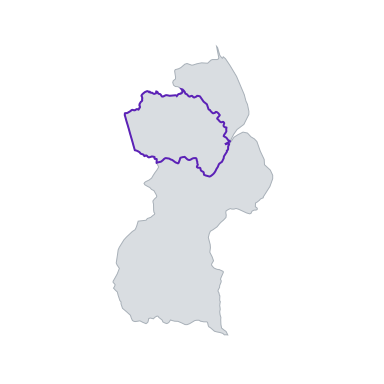 where Cuyuni-Mazaruni sits in Guyana, rotated 26°
{"feature_id": "GUY-676", "entity_name": "Cuyuni-Mazaruni", "entity_type": "Region", "adm_level": 1, "iso_a3": "GUY", "parent_name": "Guyana", "parent_adm1": "", "projection": "albers", "projection_center": [-59.812, 6.174], "detail": "fine", "context": "in_parent", "style": "outline", "palette": "violet", "viewbox_px": 384, "rotation_deg": 26, "n_neighbors": 0, "source": "natural_earth", "source_scale": "10m", "svg_char_len": 8203}
<svg xmlns="http://www.w3.org/2000/svg" viewBox="0 0 384 384"><g transform="rotate(26 192 192)"><path d="M122.2,179.5L114.1,170.4L105.9,161.2L97.9,152.2L97.4,151.0L100.8,146.7L103.8,143.6L106.3,141.9L107.5,140.4L106.6,133.8L106.6,131.4L105.5,128.8L104.6,125.9L105.7,123.5L106.9,121.8L108.4,121.2L112.2,120.6L114.8,120.3L115.8,119.4L117.3,118.3L119.3,118.2L123.3,119.0L125.1,117.5L128.3,115.6L135.7,112.2L137.3,110.0L138.5,106.5L138.3,104.9L137.6,104.3L135.8,103.7L133.0,103.6L130.8,104.5L128.5,104.0L126.6,101.9L126.4,100.1L127.6,97.7L126.9,96.0L123.3,90.8L123.3,89.4L126.0,87.0L127.5,85.0L129.5,80.3L131.2,78.7L136.3,78.1L137.6,77.1L140.2,74.6L144.0,71.7L149.6,69.4L151.2,65.2L152.2,64.1L156.6,61.9L157.4,60.7L157.3,59.7L150.2,50.3L151.6,50.9L157.1,57.0L160.1,58.4L160.8,58.4L160.8,56.8L163.6,57.5L170.8,61.7L181.4,68.6L196.3,81.6L200.6,86.6L203.4,88.9L207.8,94.6L209.1,97.4L209.0,108.5L205.1,116.1L204.2,121.7L204.0,129.2L201.7,133.6L204.8,131.2L205.7,124.4L208.2,120.3L211.6,115.8L216.0,114.7L220.9,116.6L224.7,116.9L228.2,118.2L235.5,125.4L242.6,131.1L245.2,135.7L252.8,138.0L257.2,141.6L258.7,144.7L259.6,152.9L258.2,165.3L258.6,165.9L256.6,168.3L256.2,169.9L254.9,172.6L253.9,174.1L255.4,177.5L257.1,177.7L257.8,178.1L258.2,178.8L258.1,179.5L257.4,180.2L255.8,181.0L254.3,183.0L254.4,185.2L253.5,186.3L250.3,186.9L244.2,187.0L241.2,187.1L238.8,187.5L237.3,188.9L235.3,189.9L233.7,190.1L232.3,191.8L230.9,194.1L231.4,195.7L232.9,197.8L233.7,200.0L232.6,203.5L231.4,206.2L230.7,208.3L229.8,212.3L227.4,216.7L225.7,219.2L225.8,221.9L226.6,225.7L231.4,231.3L233.0,234.0L234.4,238.3L238.7,241.6L241.5,244.4L241.2,248.0L241.6,249.1L243.3,250.0L245.3,250.7L247.6,250.6L249.6,250.3L250.1,249.8L254.8,249.7L255.4,250.6L255.6,255.8L255.8,257.9L257.0,258.8L257.6,260.0L257.7,261.2L257.9,264.1L258.6,265.6L258.5,268.8L259.0,269.9L260.3,270.7L262.0,272.9L262.6,273.1L262.9,273.9L264.3,277.1L265.1,278.0L265.6,278.2L265.8,279.3L266.8,282.2L267.5,283.0L268.8,285.1L269.4,287.5L271.1,290.1L272.9,292.0L273.7,294.0L276.0,298.3L278.2,301.3L281.2,302.0L283.7,302.4L285.3,303.6L286.8,304.8L285.2,305.4L283.7,306.2L281.7,305.6L278.8,306.0L275.9,306.8L273.2,307.3L268.0,305.9L266.4,305.8L265.4,305.2L263.2,302.5L262.2,302.2L259.5,303.5L256.2,304.4L254.5,304.2L252.6,305.1L250.9,306.3L247.5,311.5L245.7,313.4L243.9,314.2L240.1,314.2L236.1,314.4L233.1,315.7L230.2,316.3L228.8,316.4L228.4,319.3L227.7,320.6L226.8,321.4L224.7,321.6L222.7,321.5L221.5,320.3L219.3,319.7L217.3,319.3L216.0,318.6L215.0,318.8L214.1,320.0L213.5,321.0L212.9,322.9L209.9,323.5L208.6,324.6L209.4,328.1L209.0,329.4L208.4,330.5L204.8,330.7L201.7,330.6L199.9,331.9L197.7,333.4L196.4,333.7L194.8,333.6L192.7,331.9L190.7,329.8L185.6,328.3L180.5,327.0L177.2,323.6L176.4,321.9L174.8,321.2L170.9,317.2L168.7,314.6L166.4,313.9L163.6,312.8L163.8,310.9L163.6,309.1L162.4,308.4L160.8,307.9L160.2,306.8L160.4,304.5L160.7,298.3L160.2,292.5L156.6,290.4L155.0,289.0L152.3,280.3L151.0,276.4L150.9,273.5L151.8,264.8L152.9,261.1L155.7,253.6L157.3,251.0L157.4,249.1L157.2,246.7L156.4,241.8L161.1,238.8L163.1,237.5L163.5,235.4L166.0,232.9L167.1,230.4L168.1,228.5L167.8,227.4L166.7,226.9L165.4,225.0L162.7,219.7L161.7,218.6L160.8,217.2L161.3,214.8L162.3,212.3L162.2,211.2L160.6,209.8L157.2,207.5L154.4,207.4L152.2,206.5L149.0,206.4L146.5,206.2L145.1,205.3L145.4,203.9L146.0,202.8L148.1,200.2L149.6,197.3L149.8,194.5L150.2,190.9L150.8,187.7L151.1,184.1L147.8,181.7L146.7,179.8L145.3,178.1L143.8,178.1L141.5,177.3L137.9,179.6L135.1,179.2L133.1,180.0L128.6,179.9L125.7,178.7L122.2,179.5Z" fill="#d9dde1" stroke="#a8b0b8" stroke-width="1"/><path d="M144.0,178.5L143.4,178.0L143.1,177.1L142.6,177.0L141.0,177.4L140.3,177.7L138.7,179.3L138.0,179.8L137.1,179.8L135.4,179.2L134.6,179.3L134.4,179.5L133.9,180.3L133.5,180.6L133.2,180.5L133.0,180.3L132.7,180.1L132.4,179.9L131.7,179.7L129.5,180.0L128.9,180.0L128.5,179.8L128.1,179.5L127.6,179.3L127.2,179.2L124.9,179.1L124.1,179.1L122.3,179.5L119.4,176.3L116.5,173.0L113.6,169.8L110.7,166.6L107.8,163.3L104.9,160.1L101.9,156.9L99.0,153.6L97.8,152.3L97.2,150.7L97.6,150.3L98.9,149.6L99.4,149.1L101.2,146.3L101.7,145.0L102.1,144.5L102.6,144.2L103.9,144.0L104.5,143.8L104.9,143.5L105.3,143.0L105.7,142.0L106.2,141.6L106.8,141.5L107.3,141.5L107.8,141.4L107.9,140.8L107.9,140.3L108.1,138.8L108.0,138.4L107.9,138.3L107.8,138.2L107.7,138.0L107.5,137.7L106.8,137.3L106.6,136.9L106.3,135.8L106.3,135.4L106.5,133.5L106.7,133.0L107.0,132.5L107.1,132.2L107.1,131.9L107.1,131.6L107.0,131.3L106.6,130.7L106.2,129.5L105.9,129.0L105.3,128.4L104.8,128.1L104.4,127.7L104.3,126.9L104.6,125.6L105.2,124.2L105.9,122.8L107.1,121.4L107.5,121.0L108.2,120.8L109.0,120.9L109.8,121.1L110.1,120.4L110.9,120.6L111.7,120.8L112.5,120.3L114.2,120.5L115.0,120.4L115.2,120.2L116.3,119.1L116.3,118.7L116.3,118.3L115.9,117.8L115.8,117.3L116.0,117.2L116.5,117.2L117.4,117.4L117.6,117.6L117.9,117.9L118.2,118.1L118.7,118.3L119.1,118.3L119.9,118.1L120.4,118.0L121.2,118.2L122.6,119.1L123.1,119.3L124.0,119.0L124.6,118.4L125.7,116.8L126.3,116.3L127.0,116.0L129.8,115.3L134.7,112.3L135.7,112.1L136.3,112.4L136.7,110.5L137.0,109.9L137.6,109.4L138.3,109.0L138.8,108.5L139.2,108.0L139.5,107.3L139.6,106.7L139.6,106.0L139.3,105.4L138.8,104.9L137.5,104.2L137.9,104.1L138.6,104.0L139.2,104.2L140.6,104.7L141.8,105.4L142.7,106.3L143.0,106.5L143.3,106.5L143.8,106.4L144.2,106.4L144.9,106.5L146.1,107.1L147.5,107.4L148.0,107.3L148.2,107.1L148.5,106.9L148.7,106.6L148.9,106.3L149.1,106.1L149.3,105.9L149.6,105.7L150.2,105.6L151.7,106.2L152.1,106.2L152.4,106.1L152.7,106.0L153.0,105.7L153.3,105.2L153.5,104.9L154.1,104.4L154.2,104.1L154.4,103.7L154.4,103.4L154.7,103.2L155.2,103.0L156.3,102.7L156.9,102.6L157.3,102.6L162.8,105.7L166.8,106.6L167.1,106.8L167.3,107.0L170.5,110.3L171.0,110.5L172.1,110.5L172.4,110.5L172.6,110.7L173.2,111.1L175.5,111.9L176.0,112.0L176.5,112.0L177.3,111.3L177.7,111.0L177.9,110.8L178.0,110.1L178.1,109.9L178.2,109.7L178.4,109.5L178.8,109.4L179.1,109.3L179.4,109.3L181.2,109.7L183.2,110.7L183.2,111.5L182.5,113.9L182.4,114.6L182.5,115.0L182.8,115.2L183.0,115.3L184.0,115.5L184.6,115.8L184.8,115.9L186.2,116.5L186.7,116.5L187.2,116.6L187.4,116.5L187.7,116.5L187.9,116.4L188.1,116.3L188.8,115.6L189.0,115.4L189.5,115.3L190.5,115.7L190.9,116.3L190.9,116.5L191.1,118.1L191.3,118.6L191.6,118.9L191.9,119.1L192.6,119.3L193.2,119.3L193.4,119.3L193.6,119.2L194.1,119.1L194.4,119.0L194.7,119.0L194.9,119.4L194.9,119.7L195.5,121.1L196.2,122.2L196.3,122.8L196.1,125.0L195.9,125.8L195.8,127.2L196.0,127.6L196.1,127.9L196.3,127.9L196.8,128.0L198.7,128.1L199.2,128.2L199.6,128.4L201.9,129.6L202.2,129.7L202.5,129.7L203.0,129.5L203.8,129.7L203.9,129.8L203.8,130.2L201.2,133.9L201.4,134.0L201.5,134.1L202.7,133.0L203.0,132.8L203.2,132.6L203.3,132.4L203.9,132.5L204.3,132.6L204.5,133.0L204.5,134.7L204.6,135.4L205.5,137.3L205.7,138.0L205.7,138.3L205.6,138.7L205.5,139.0L205.3,139.3L205.2,139.6L205.4,139.9L205.6,140.2L205.7,140.6L205.1,145.7L205.2,146.5L205.6,147.5L205.7,147.9L205.7,151.0L205.6,152.0L205.1,152.7L204.1,154.7L204.0,155.6L204.2,158.1L203.9,160.5L203.9,163.2L203.7,164.8L203.3,166.4L202.6,168.0L201.7,169.7L201.0,170.4L200.1,170.6L196.8,171.2L195.2,171.2L194.2,169.7L194.0,169.4L193.8,169.2L193.5,169.1L193.2,169.0L192.8,169.0L191.1,168.9L190.8,168.8L190.5,168.6L190.2,168.4L189.2,167.1L189.0,166.9L188.7,166.8L188.4,166.8L186.9,167.5L186.6,167.6L186.3,167.6L185.7,167.5L185.4,167.3L185.3,167.0L185.2,166.7L185.3,165.3L185.3,165.0L185.1,164.7L184.6,164.3L184.3,164.0L184.1,163.7L183.5,162.6L183.4,162.4L182.6,161.7L181.8,160.6L181.6,160.3L181.3,160.1L181.0,159.9L180.7,159.9L180.3,160.0L180.0,160.1L178.6,160.9L178.2,161.2L177.8,161.7L177.1,162.6L176.6,163.5L176.3,163.8L176.0,164.1L175.4,164.5L174.9,164.6L174.6,164.7L174.3,164.7L173.8,164.7L173.2,164.6L170.3,163.7L170.1,163.7L169.9,163.7L169.7,163.9L168.0,165.0L167.0,166.0L166.7,166.2L166.6,166.6L166.6,167.0L166.9,168.5L167.2,171.7L166.8,172.4L164.6,172.6L164.0,172.6L160.5,171.9L159.9,171.9L158.7,172.1L157.0,172.0L156.7,172.0L156.4,172.1L153.9,172.9L153.5,173.1L153.1,173.4L152.8,173.9L152.3,174.8L152.0,175.9L151.3,177.4L151.1,177.9L150.8,178.3L150.3,178.8L148.5,180.2L147.7,181.0L147.4,181.3L147.3,181.2L146.1,178.3L145.7,177.9L144.0,178.5Z" fill="none" stroke="#5b21b6" stroke-width="2"/></g></svg>